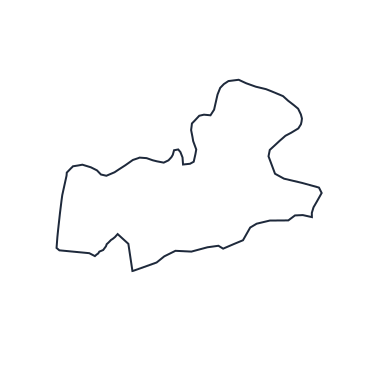 Abi, Cross River, Nigeria (Mercator projection), rotated 43°
{"feature_id": "59680162B64112154685735", "entity_name": "Abi", "entity_type": "district", "adm_level": 2, "iso_a3": "NGA", "parent_name": "Nigeria", "parent_adm1": "Cross River", "projection": "mercator", "projection_center": [8.011, 5.883], "detail": "fine", "context": "isolated", "style": "outline", "palette": "slate", "viewbox_px": 384, "rotation_deg": 43, "n_neighbors": 0, "source": "geoboundaries", "source_scale": "gbopen_adm2", "svg_char_len": 1634}
<svg xmlns="http://www.w3.org/2000/svg" viewBox="0 0 384 384"><g transform="rotate(43 192 192)"><path d="M131.1,325.3L134.8,325.1L158.6,306.8L164.7,305.1L164.9,302.8L165.3,301.0L164.9,298.8L166.6,295.0L166.1,290.4L165.2,288.3L165.4,286.1L165.5,282.2L166.0,280.4L166.4,277.5L166.3,273.5L180.8,273.3L202.3,290.4L202.8,289.7L214.2,267.7L215.6,258.0L220.0,246.3L232.2,236.0L241.0,221.9L248.0,213.3L253.4,212.2L258.2,201.3L262.2,192.5L258.8,178.3L260.9,171.1L268.4,159.8L281.8,147.1L283.3,138.9L288.8,133.3L296.8,128.6L293.9,125.6L291.3,120.3L290.1,115.0L288.8,109.6L287.5,104.3L281.9,102.2L281.0,102.6L266.1,110.4L250.2,119.5L240.4,122.0L240.2,122.0L223.6,113.7L222.8,112.4L220.2,108.2L221.2,94.7L222.0,87.1L224.1,81.1L226.4,73.0L225.5,68.2L224.1,65.8L222.3,63.3L218.7,61.0L212.8,58.7L207.5,59.0L202.1,59.5L200.0,59.7L193.2,59.8L190.2,60.9L181.3,64.2L176.0,66.3L166.8,71.5L157.5,75.5L149.6,78.1L143.0,86.0L141.7,91.3L141.6,96.6L144.2,103.3L147.4,108.8L148.1,110.0L152.0,116.7L153.2,123.3L148.0,127.3L145.3,131.3L145.3,137.9L145.2,141.9L147.1,144.5L149.1,147.3L154.9,151.5L158.2,154.0L164.9,157.4L166.1,158.0L168.7,162.0L172.6,168.7L171.3,172.7L168.0,176.5L166.7,178.0L161.5,173.2L156.3,170.7L152.9,170.3L150.4,173.7L152.6,177.9L153.2,180.6L153.2,184.9L151.3,189.8L145.4,193.5L141.6,195.6L135.7,198.2L130.2,202.6L129.6,203.9L126.9,208.9L125.0,217.9L123.2,225.0L121.9,230.4L118.3,238.5L113.5,241.3L107.7,241.0L101.2,242.9L93.2,246.8L90.6,250.3L87.4,254.4L87.4,255.9L87.3,257.2L87.3,257.8L87.2,263.2L89.1,265.6L99.2,282.7L102.3,287.1L109.7,297.3L119.6,310.6L124.3,316.8L131.1,325.3Z" fill="none" stroke="#1e293b" stroke-width="2"/></g></svg>